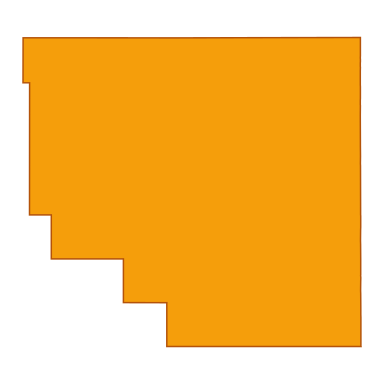 the district of Sheridan, Montana, United States of America
{"feature_id": "52423323B77016721752679", "entity_name": "Sheridan", "entity_type": "district", "adm_level": 2, "iso_a3": "USA", "parent_name": "United States of America", "parent_adm1": "Montana", "projection": "mercator", "projection_center": [-104.195, 48.694], "detail": "fine", "context": "isolated", "style": "filled", "palette": "amber", "viewbox_px": 384, "rotation_deg": 0, "n_neighbors": 0, "source": "geoboundaries", "source_scale": "gbopen_adm2", "svg_char_len": 908}
<svg xmlns="http://www.w3.org/2000/svg" viewBox="0 0 384 384"><path d="M361.0,346.5L360.9,345.9L360.9,335.6L360.9,330.6L360.9,318.0L360.9,317.4L360.8,314.7L360.8,307.4L360.7,293.7L360.6,290.7L360.7,281.7L360.8,277.7L360.6,275.2L360.7,274.9L360.7,270.7L360.7,259.1L360.6,244.5L360.5,240.7L360.6,230.0L360.7,227.3L360.7,226.6L360.7,223.1L360.7,215.7L360.6,215.0L360.6,211.2L360.6,210.5L360.6,208.3L360.6,207.8L360.5,165.8L360.4,163.6L360.5,156.4L360.4,144.8L360.4,140.5L360.3,114.9L360.4,105.6L360.3,104.7L360.3,101.4L360.3,100.5L360.4,98.4L360.4,86.8L360.3,84.7L360.3,82.0L360.3,71.0L360.4,67.6L360.3,66.1L360.3,62.9L360.4,61.8L360.4,59.1L360.3,58.1L360.4,55.7L360.4,54.2L360.4,43.9L360.4,37.5L254.3,37.7L173.5,37.9L81.8,37.8L23.1,37.8L23.0,82.8L29.6,82.8L29.5,214.9L51.3,214.9L51.3,258.9L123.4,258.9L123.4,302.6L166.8,302.7L166.8,346.5L361.0,346.5Z" fill="#f59e0b" stroke="#b45309" stroke-width="1.5"/></svg>